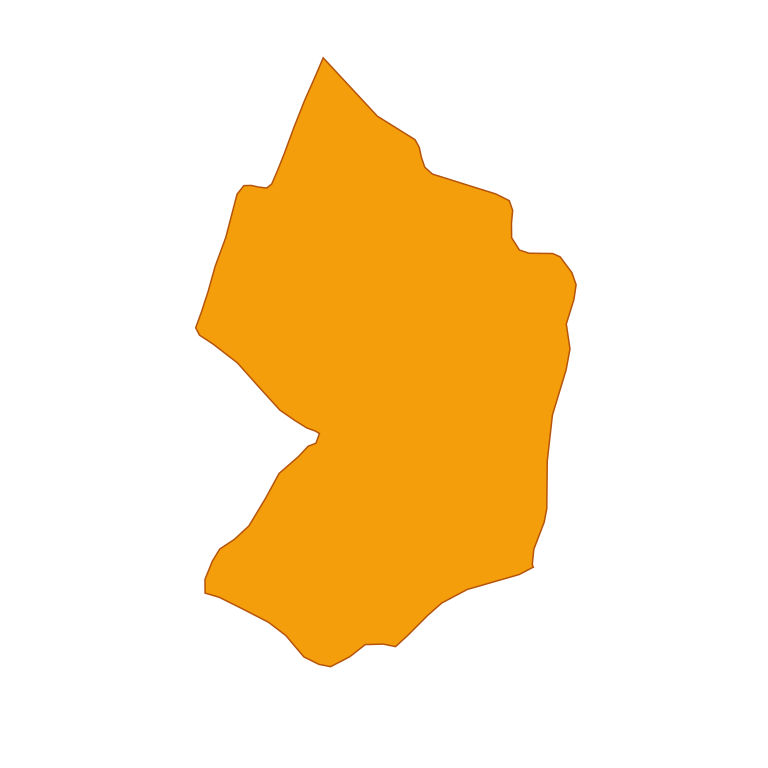 the border of Delčevo, rotated 20°
{"feature_id": "MKD-3005", "entity_name": "Delčevo", "entity_type": "Statistical Region", "adm_level": 1, "iso_a3": "MKD", "parent_name": "North Macedonia", "parent_adm1": "", "projection": "orthographic", "projection_center": [22.736, 41.933], "detail": "fine", "context": "isolated", "style": "filled", "palette": "amber", "viewbox_px": 768, "rotation_deg": 20, "n_neighbors": 0, "source": "natural_earth", "source_scale": "10m", "svg_char_len": 1248}
<svg xmlns="http://www.w3.org/2000/svg" viewBox="0 0 768 768"><g transform="rotate(20 384 384)"><path d="M215.3,98.3L286.1,134.6L329.6,143.8L336.2,149.6L341.6,158.2L348.1,166.3L357.7,170.2L424.1,167.2L439.0,168.9L445.5,176.8L448.9,189.6L453.9,202.9L465.4,211.8L475.6,211.5L497.9,203.7L506.1,204.3L522.6,215.2L530.6,225.1L533.4,238.9L533.6,240.0L534.8,265.9L535.3,266.2L546.8,287.5L550.3,308.5L552.9,355.6L563.8,400.7L579.6,445.4L581.8,459.2L581.3,488.1L585.1,503.0L587.0,505.1L586.7,505.3L582.2,510.2L576.2,516.8L558.3,529.8L532.5,548.6L513.2,570.0L504.1,586.7L492.4,611.9L484.7,626.8L472.2,628.7L455.5,635.3L445.1,652.0L430.5,667.9L418.7,669.7L405.2,668.2L402.1,667.9L377.7,653.9L356.9,647.4L327.0,643.6L302.1,640.8L287.4,641.7L283.6,631.6L282.6,628.7L283.3,609.2L286.1,595.2L296.5,581.2L305.6,563.5L311.8,531.8L316.0,503.9L328.4,481.5L334.0,468.4L340.3,462.9L340.3,452.6L335.4,451.7L326.5,451.7L313.2,448.9L295.2,444.2L266.7,429.2L239.0,414.3L209.9,405.0L193.9,401.2L187.8,395.6L187.8,378.8L187.1,357.4L185.1,331.3L185.2,300.6L184.0,287.8L181.0,255.8L184.5,245.5L191.4,242.8L198.4,241.9L206.7,240.0L210.1,234.4L210.9,220.4L211.5,201.8L211.6,173.8L212.4,145.0L214.3,116.9L215.3,98.3Z" fill="#f59e0b" stroke="#b45309" stroke-width="1.5"/></g></svg>